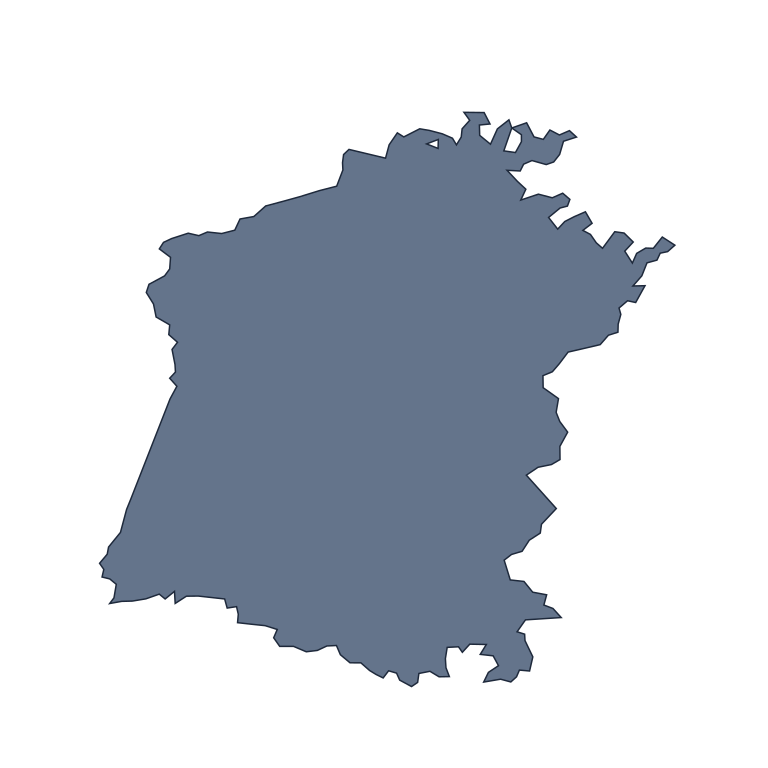 the district of Não-Me-Toque, Rio Grande do Sul, Brazil, rotated 283°
{"feature_id": "56859067B13255283140356", "entity_name": "Não-Me-Toque", "entity_type": "district", "adm_level": 2, "iso_a3": "BRA", "parent_name": "Brazil", "parent_adm1": "Rio Grande do Sul", "projection": "natural_earth1", "projection_center": [-52.81, -28.462], "detail": "fine", "context": "isolated", "style": "filled", "palette": "slate", "viewbox_px": 768, "rotation_deg": 283, "n_neighbors": 0, "source": "geoboundaries", "source_scale": "gbopen_adm2", "svg_char_len": 2905}
<svg xmlns="http://www.w3.org/2000/svg" viewBox="0 0 768 768"><g transform="rotate(283 384 384)"><path d="M108.4,166.1L113.2,177.3L115.9,187.7L121.1,200.3L128.7,212.3L125.3,219.1L134.8,226.5L123.2,229.9L132.8,239.2L135.6,250.7L138.7,277.1L130.4,281.6L133.9,290.4L126.9,293.8L118.5,295.0L120.1,308.8L121.8,322.6L120.8,335.2L111.9,333.6L104.9,341.4L108.0,354.9L105.6,368.5L109.4,379.0L115.9,387.3L118.5,396.5L110.4,402.4L104.7,413.6L107.1,424.2L101.6,434.4L99.2,441.6L97.4,449.3L105.6,453.0L105.1,461.3L99.0,465.9L95.4,478.9L100.8,483.9L109.8,483.1L114.4,493.4L111.1,503.5L113.6,513.5L121.5,508.2L130.2,505.6L141.6,504.8L144.7,515.7L140.2,520.7L149.8,526.1L153.2,542.3L142.2,538.6L143.7,551.5L135.3,558.9L126.5,550.6L116.0,548.2L122.6,564.0L122.2,574.6L128.5,579.0L135.7,580.3L137.1,590.4L151.6,590.4L165.7,579.1L171.9,577.3L172.5,569.4L186.0,574.9L196.3,609.2L203.3,599.1L204.6,589.5L215.2,589.9L214.6,575.7L223.1,564.8L221.5,551.1L239.4,540.7L246.6,546.6L252.1,556.2L264.5,560.7L273.9,569.8L282.8,569.0L301.4,579.9L327.2,543.2L337.5,552.8L343.2,565.3L350.0,572.5L362.8,569.4L378.4,573.8L387.0,563.7L395.1,558.1L409.0,557.3L416.2,539.9L427.9,537.0L433.8,545.3L443.1,550.2L456.5,556.2L461.7,566.9L471.0,585.8L482.0,591.7L487.1,600.3L495.0,598.7L505.1,599.1L510.9,595.9L519.9,602.6L520.0,610.9L538.5,616.2L535.5,604.5L547.4,610.9L561.2,613.0L566.1,622.1L573.6,623.7L576.8,630.6L584.7,636.2L589.8,622.1L576.8,615.9L575.3,608.4L568.1,600.8L557.7,598.8L567.6,588.7L578.4,594.9L585.1,584.0L584.3,574.6L565.4,566.4L569.3,559.1L576.2,551.5L578.4,543.2L587.4,550.6L597.1,541.5L589.9,531.8L583.0,523.6L574.0,518.4L583.3,506.9L595.1,516.0L598.6,522.7L605.7,523.6L610.1,515.2L603.3,506.1L603.7,491.7L594.0,475.9L605.7,478.4L611.4,468.5L619.9,455.8L622.2,468.8L629.6,470.6L635.0,477.9L634.3,492.7L638.5,499.4L647.2,503.5L660.9,504.3L667.9,516.0L672.6,507.7L666.1,498.9L668.8,488.5L658.2,484.2L658.5,474.6L670.6,464.2L662.2,450.9L669.5,446.3L658.1,437.1L641.6,433.8L647.8,421.3L657.8,418.7L661.2,428.8L671.0,420.5L666.7,400.8L660.2,408.2L650.2,402.7L642.0,403.7L633.3,400.8L638.9,395.4L640.9,384.5L641.3,371.1L640.7,361.4L629.2,347.7L631.7,340.5L618.2,335.2L604.4,334.7L604.7,297.1L598.5,293.0L590.3,293.8L583.3,295.8L566.1,293.4L557.9,277.6L547.5,259.7L539.9,245.7L530.9,228.7L517.9,219.5L512.4,206.6L500.3,204.0L494.1,192.0L492.4,177.8L486.9,170.2L486.9,159.3L477.9,144.3L472.4,137.3L465.1,134.7L459.4,147.5L447.9,149.3L440.0,145.9L428.3,132.6L419.7,131.8L410.1,141.4L398.0,146.9L393.4,161.9L383.7,163.2L378.2,173.4L370.0,169.7L355.9,176.0L348.7,178.1L341.4,173.9L335.2,182.7L321.4,178.9L215.1,163.2L203.9,161.4L180.1,160.6L163.2,152.3L155.9,152.6L145.3,147.2L140.3,152.7L132.5,152.7L132.4,160.6L128.6,168.2L114.9,169.0L108.4,166.1ZM662.2,450.9L657.8,461.8L651.0,463.4L639.1,460.0L638.1,448.3L662.2,450.9ZM634.5,381.9L625.7,383.7L627.5,371.5L634.5,381.9Z" fill="#64748b" stroke="#1e293b" stroke-width="1.5"/></g></svg>